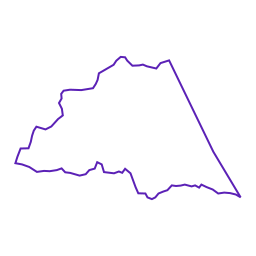 the district of Solidão, Pernambuco, Brazil
{"feature_id": "56859067B13785491048510", "entity_name": "Solidão", "entity_type": "district", "adm_level": 2, "iso_a3": "BRA", "parent_name": "Brazil", "parent_adm1": "Pernambuco", "projection": "orthographic", "projection_center": [-37.665, -7.581], "detail": "fine", "context": "isolated", "style": "outline", "palette": "violet", "viewbox_px": 256, "rotation_deg": 0, "n_neighbors": 0, "source": "geoboundaries", "source_scale": "gbopen_adm2", "svg_char_len": 1052}
<svg xmlns="http://www.w3.org/2000/svg" viewBox="0 0 256 256"><path d="M28.5,148.3L20.6,148.5L17.4,156.8L15.4,163.2L22.0,164.4L29.3,167.0L36.9,171.9L44.0,170.9L49.7,171.2L56.8,170.1L61.6,168.4L65.2,172.3L70.2,172.9L79.6,175.6L85.7,174.2L89.3,170.1L94.7,168.6L97.2,162.2L101.7,164.4L104.0,172.1L114.0,173.3L118.9,171.5L122.2,172.8L125.1,168.8L130.5,173.3L135.6,187.2L138.3,193.3L145.4,193.5L147.5,197.4L151.9,199.1L155.3,197.4L158.5,193.5L163.4,191.5L167.4,190.2L171.8,185.4L176.0,186.0L180.6,185.6L184.8,184.6L191.6,186.4L195.1,185.4L199.1,187.6L201.4,184.6L206.6,187.1L212.7,189.5L218.2,193.5L224.2,192.6L230.1,193.1L235.8,194.5L240.6,197.3L213.3,151.7L169.1,60.4L160.5,63.1L156.3,68.5L146.9,66.3L142.9,64.6L139.1,65.4L132.4,65.7L127.2,60.6L125.1,57.3L120.7,56.9L116.3,60.7L113.6,64.8L98.9,73.3L97.6,79.9L95.8,83.9L93.0,88.2L81.3,90.1L70.0,89.7L63.6,90.7L61.2,93.9L61.6,98.5L59.0,103.0L61.9,108.8L62.8,115.4L58.1,119.0L51.3,126.5L45.5,129.4L36.4,126.7L33.8,130.6L32.1,135.7L30.8,141.8L28.5,148.3Z" fill="none" stroke="#5b21b6" stroke-width="2"/></svg>